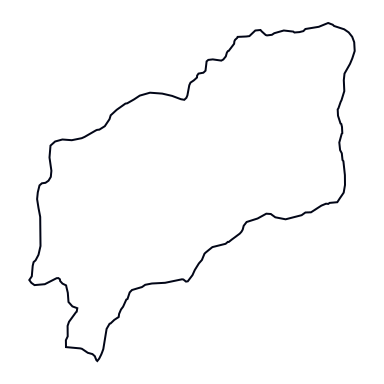 Guatemala, Guatemala
{"feature_id": "79465075B25759952858694", "entity_name": "Guatemala", "entity_type": "district", "adm_level": 2, "iso_a3": "GTM", "parent_name": "Guatemala", "parent_adm1": "", "projection": "natural_earth1", "projection_center": [-90.482, 14.625], "detail": "fine", "context": "isolated", "style": "outline", "palette": "ink", "viewbox_px": 384, "rotation_deg": 0, "n_neighbors": 0, "source": "geoboundaries", "source_scale": "gbopen_adm2", "svg_char_len": 2398}
<svg xmlns="http://www.w3.org/2000/svg" viewBox="0 0 384 384"><path d="M110.7,115.3L109.5,119.2L104.8,126.2L99.4,129.6L97.0,129.9L95.9,130.4L84.6,136.9L81.7,138.2L71.8,140.2L62.4,139.5L55.1,141.5L50.5,145.6L49.5,157.5L51.4,170.8L50.8,176.9L48.5,180.7L45.5,182.8L41.9,183.3L39.5,185.4L37.8,192.3L37.1,199.1L38.5,208.0L40.2,216.9L40.5,246.0L38.5,254.8L35.6,260.3L33.6,262.1L32.7,265.9L31.8,276.3L29.3,280.0L31.3,282.8L34.5,285.1L44.8,284.2L56.6,278.2L58.4,278.1L59.9,279.3L60.2,281.1L62.5,283.6L66.1,285.4L66.4,286.9L67.8,292.8L68.5,302.0L72.4,306.4L77.3,308.2L76.7,311.7L76.0,312.2L69.0,321.8L67.6,325.9L67.7,336.4L65.9,340.2L66.0,347.1L80.3,348.4L81.9,348.8L87.8,352.8L92.5,354.1L94.9,356.3L95.4,357.8L96.5,360.3L97.3,361.0L99.2,358.6L101.2,354.6L102.1,352.4L103.3,349.1L106.6,328.9L109.6,323.7L110.5,323.5L114.4,319.8L118.7,317.0L119.1,313.9L121.0,309.5L123.1,306.7L126.3,299.6L127.5,299.0L129.7,292.4L132.0,290.0L142.1,287.0L145.2,284.8L151.9,283.5L165.1,282.8L182.0,279.3L183.4,279.5L186.0,281.6L187.8,281.3L192.5,275.1L194.8,270.0L198.9,263.4L201.9,260.0L204.5,253.7L205.5,252.7L208.9,249.9L212.4,247.1L225.6,243.8L227.8,241.9L228.7,242.0L232.0,239.4L239.8,233.6L241.5,231.7L242.7,229.6L243.7,225.8L246.6,222.0L257.6,218.5L266.3,213.7L270.8,214.0L272.3,215.1L275.3,217.3L285.6,219.3L301.6,215.2L305.4,212.5L311.0,212.3L321.4,205.6L326.0,203.7L328.3,203.9L329.6,202.9L337.3,202.2L339.9,198.2L342.1,195.0L343.7,192.6L345.0,185.0L344.9,175.1L343.4,161.2L342.5,160.0L341.8,153.3L340.1,150.1L339.3,142.5L341.7,133.8L342.3,133.2L342.0,127.0L341.3,124.0L340.5,123.5L338.0,115.7L337.7,109.4L338.4,108.4L340.6,102.0L341.5,100.2L344.3,91.1L343.8,80.2L344.5,73.6L350.0,63.9L352.3,58.4L354.7,51.0L354.2,42.2L352.2,36.8L348.7,32.4L344.2,29.3L334.1,26.0L332.7,24.7L328.1,23.0L318.8,26.8L305.4,29.0L303.4,31.1L299.4,32.1L294.4,32.5L293.3,31.6L283.8,30.5L274.3,33.2L271.9,34.8L267.0,35.4L265.7,35.0L261.6,31.3L260.5,30.0L255.3,30.5L249.4,36.1L246.2,36.5L237.6,36.9L237.2,37.9L235.1,39.8L234.4,41.3L234.1,43.8L228.7,50.9L227.9,51.1L226.9,52.6L225.8,56.4L223.3,59.5L221.3,60.6L212.8,59.4L208.3,59.9L206.6,61.4L205.5,70.7L203.4,72.7L198.5,73.6L197.1,75.6L197.0,77.5L193.8,80.4L190.5,82.6L189.3,85.2L187.4,95.4L186.4,97.8L184.3,99.8L180.9,99.2L172.1,95.9L162.2,93.6L150.0,92.7L139.8,95.6L134.2,99.3L132.3,100.4L127.2,103.3L125.4,103.6L116.7,109.8L110.7,115.3Z" fill="none" stroke="#020617" stroke-width="2"/></svg>